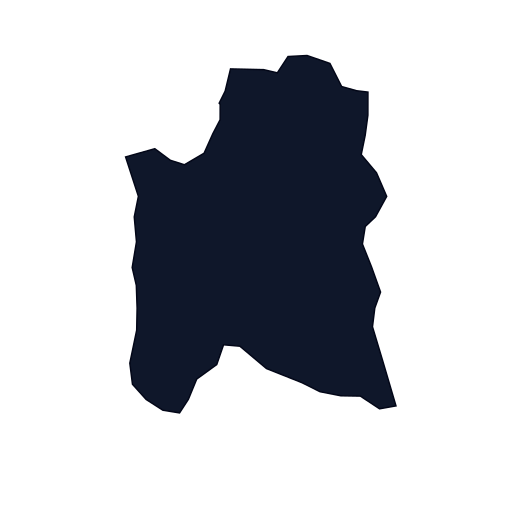 outline of Karlskoga, Orebro, Sweden, rotated 252°
{"feature_id": "70781695B86171963253303", "entity_name": "Karlskoga", "entity_type": "district", "adm_level": 2, "iso_a3": "SWE", "parent_name": "Sweden", "parent_adm1": "Orebro", "projection": "natural_earth1", "projection_center": [14.6, 59.407], "detail": "fine", "context": "isolated", "style": "filled", "palette": "ink", "viewbox_px": 512, "rotation_deg": 252, "n_neighbors": 0, "source": "geoboundaries", "source_scale": "gbopen_adm2", "svg_char_len": 896}
<svg xmlns="http://www.w3.org/2000/svg" viewBox="0 0 512 512"><g transform="rotate(252 256 256)"><path d="M85.8,315.7L72.5,326.3L70.2,342.8L117.3,344.1L152.7,344.9L169.8,352.9L183.2,363.3L210.1,362.5L234.5,360.9L250.3,369.0L256.4,381.8L272.3,398.7L291.6,396.9L297.9,396.3L319.9,387.4L337.0,397.1L355.3,405.9L377.3,413.1L382.1,402.7L390.7,389.8L416.3,385.8L430.9,366.5L435.8,348.1L423.6,332.9L430.9,320.8L431.4,319.3L441.8,289.6L422.3,277.6L412.7,268.2L411.3,268.8L396.7,264.0L385.7,252.8L369.8,238.4L364.9,216.1L373.5,204.1L389.3,192.9L390.5,162.6L389.5,162.6L349.1,162.6L330.8,152.3L306.4,146.7L283.3,134.7L265.0,133.1L243.1,126.8L222.3,119.6L193.1,102.9L172.2,98.9L153.5,107.2L138.1,119.8L130.4,134.8L140.6,147.4L157.3,161.6L164.9,185.1L181.6,197.7L175.2,212.8L145.7,231.2L121.3,260.6L107.2,274.9L96.9,293.4L90.5,312.0L85.8,315.7Z" fill="#0f172a" stroke="#020617" stroke-width="1.5"/></g></svg>